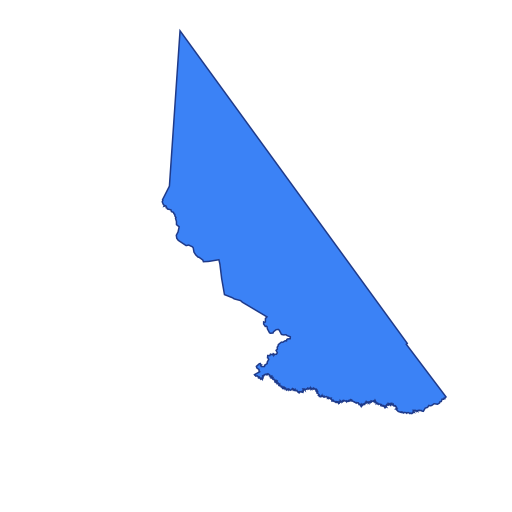 outline of Sikongo, Western, Zambia, rotated 144°
{"feature_id": "96606910B5408602862486", "entity_name": "Sikongo", "entity_type": "district", "adm_level": 2, "iso_a3": "ZMB", "parent_name": "Zambia", "parent_adm1": "Western", "projection": "robinson", "projection_center": [22.375, -15.32], "detail": "fine", "context": "isolated", "style": "filled", "palette": "blue", "viewbox_px": 512, "rotation_deg": 144, "n_neighbors": 0, "source": "geoboundaries", "source_scale": "gbopen_adm2", "svg_char_len": 5945}
<svg xmlns="http://www.w3.org/2000/svg" viewBox="0 0 512 512"><g transform="rotate(144 256 256)"><path d="M185.1,30.3L186.3,96.3L185.0,96.4L185.1,482.8L285.0,363.4L298.5,356.5L298.7,355.7L300.0,355.0L300.7,352.1L300.4,350.6L301.1,350.3L299.5,349.7L299.7,348.3L300.3,347.9L299.7,346.6L300.0,346.0L297.7,343.4L298.3,341.6L297.1,339.8L297.6,338.4L297.2,337.5L298.1,336.0L298.1,334.3L298.9,333.9L300.1,330.6L301.9,328.1L301.0,324.8L304.9,321.3L308.3,319.6L309.7,316.9L309.7,314.3L306.4,305.5L304.0,304.4L302.0,300.7L302.0,299.5L303.9,295.6L304.1,292.3L303.5,289.0L302.9,288.6L301.4,284.0L301.9,282.3L297.6,279.5L288.2,274.8L290.0,270.6L297.0,258.0L304.2,243.3L299.5,235.9L298.9,234.2L294.7,229.0L294.2,226.6L282.9,200.3L285.1,199.9L287.2,197.1L288.3,197.5L288.6,198.1L289.8,196.5L289.9,193.5L288.9,193.2L288.6,192.4L289.6,190.3L290.2,185.9L289.7,185.0L287.5,183.7L286.4,184.4L283.1,184.6L281.1,183.5L280.8,182.3L281.5,177.6L280.1,176.0L278.0,174.7L277.6,173.3L275.7,170.5L276.9,169.0L279.4,170.4L280.2,170.3L281.2,169.4L282.2,170.3L285.1,170.5L286.1,171.4L290.0,171.2L291.2,170.1L292.4,169.8L293.5,168.0L295.2,167.9L295.6,165.2L297.2,164.5L298.8,165.6L299.9,165.2L299.3,166.3L299.5,166.9L300.7,166.4L302.0,168.1L303.4,167.3L305.0,168.6L306.5,166.9L306.2,166.3L306.5,164.9L309.4,163.5L310.1,162.4L313.2,162.6L313.4,162.0L314.4,161.7L316.6,163.4L316.7,164.6L315.7,164.7L316.0,165.1L315.7,166.5L316.7,166.9L320.6,166.5L321.1,164.9L320.3,162.4L321.2,161.0L321.1,160.2L327.0,160.9L327.0,160.4L326.4,160.4L326.8,159.0L325.3,158.1L325.3,156.9L324.8,156.6L325.4,156.2L324.9,155.8L325.3,155.5L324.2,154.6L324.5,154.0L324.1,154.1L324.0,153.4L323.2,153.7L323.2,152.7L322.8,153.2L322.6,152.9L321.8,153.3L321.5,154.5L320.7,154.4L320.8,155.1L319.2,154.7L319.1,155.6L318.8,154.8L317.5,154.6L317.4,153.9L316.5,154.0L316.6,153.4L315.5,153.6L315.0,152.2L315.4,151.5L315.0,151.4L315.4,150.2L314.7,150.0L315.0,149.7L314.5,149.6L314.9,149.4L314.3,148.8L314.8,148.6L314.3,148.2L315.1,148.2L314.4,147.5L314.8,147.4L314.6,146.5L315.3,146.1L314.7,146.2L314.6,145.6L314.5,146.0L313.9,145.8L314.1,145.0L313.6,144.3L314.1,143.8L313.0,143.7L313.2,143.1L312.7,142.8L314.1,142.4L313.1,141.8L313.9,141.4L313.5,140.9L313.9,140.5L312.8,140.1L313.3,139.4L312.4,138.8L313.6,137.8L313.2,137.3L312.6,137.6L313.0,136.9L312.1,135.8L312.6,135.2L311.9,134.2L312.4,133.2L312.0,132.8L311.4,133.6L311.4,132.7L311.0,132.4L311.0,133.5L310.4,133.6L310.0,132.4L310.5,131.6L309.2,131.9L309.9,131.4L310.2,129.7L309.1,129.8L308.8,128.8L308.3,129.6L307.6,129.2L307.3,127.3L305.7,126.9L304.4,127.4L303.8,126.2L304.1,126.4L304.5,125.8L304.0,125.8L304.1,124.8L303.3,124.9L303.6,124.6L302.9,124.4L302.9,123.4L301.9,123.2L302.1,121.6L301.8,120.6L301.4,121.1L300.9,120.8L301.5,120.6L301.2,119.9L300.1,120.4L298.8,118.8L298.7,119.5L297.8,119.1L297.8,118.4L297.4,118.7L297.9,119.4L296.4,119.5L296.2,120.7L295.3,119.8L295.2,118.9L294.9,119.6L294.5,118.9L293.1,118.7L293.0,118.2L291.8,118.7L291.6,117.5L290.9,117.7L291.0,117.2L290.2,116.7L289.5,117.2L289.8,116.2L289.3,116.5L289.1,115.3L288.4,115.9L287.8,114.7L287.2,115.1L287.2,114.5L286.7,114.5L286.5,112.5L285.6,113.0L285.4,111.9L285.6,111.3L285.8,111.9L286.3,111.3L286.0,110.7L286.7,110.7L286.4,110.2L287.0,109.6L286.3,109.4L286.9,108.7L286.5,106.7L287.4,106.5L286.7,105.3L287.2,105.0L286.4,104.1L285.9,104.7L286.0,104.2L285.2,104.4L285.6,104.0L285.1,103.6L284.8,104.0L284.1,103.8L284.4,102.9L284.1,102.2L283.4,102.2L283.7,101.7L281.5,100.8L281.4,99.6L281.7,99.1L281.0,99.2L281.1,98.6L280.6,98.7L280.7,98.1L280.2,98.3L280.1,97.7L279.2,97.1L279.5,96.7L279.0,96.6L279.4,96.3L279.3,94.5L279.7,94.2L279.2,93.7L279.1,94.2L278.9,93.7L278.4,94.0L278.4,93.3L278.9,93.3L278.3,92.8L278.4,92.0L278.2,92.4L277.7,92.0L278.1,91.2L277.7,91.5L277.5,90.8L277.2,91.0L276.9,90.4L276.4,90.8L276.0,90.4L276.6,90.3L275.7,89.1L275.8,88.5L275.5,88.7L275.1,88.1L274.3,89.2L273.8,88.5L273.0,89.4L273.0,88.6L272.8,88.9L272.6,88.0L271.6,87.5L271.8,87.2L270.9,87.2L271.1,87.9L270.3,88.0L270.2,87.1L269.3,87.0L269.1,86.2L268.3,85.7L268.4,85.1L267.9,85.4L267.8,84.8L267.4,84.8L267.4,85.2L267.1,84.4L266.5,84.6L266.4,84.0L265.6,83.7L265.4,84.2L264.9,83.7L264.6,84.0L264.3,83.2L263.9,83.7L264.2,84.1L263.7,84.2L263.1,83.0L263.3,82.0L262.3,80.4L262.9,79.9L262.2,80.1L261.4,78.1L260.9,78.4L259.6,77.1L259.9,76.7L259.4,75.5L259.8,75.8L260.0,75.3L259.2,74.8L259.3,73.4L258.7,74.0L258.6,73.4L258.0,73.7L258.3,73.0L257.5,73.6L257.5,72.6L256.2,73.1L256.0,72.4L255.1,72.8L255.0,72.2L254.3,72.6L254.1,72.0L254.0,72.7L253.3,72.9L253.4,73.5L253.1,72.7L253.0,73.2L252.4,72.8L252.1,73.3L251.7,72.4L252.2,72.3L251.7,72.1L251.5,71.3L251.3,71.9L250.0,71.5L250.1,70.2L249.1,70.6L248.6,70.1L248.0,71.1L246.1,68.6L245.9,69.7L245.1,69.5L245.4,68.7L244.5,69.3L244.8,67.5L245.5,67.8L245.1,66.8L245.6,65.9L244.8,66.0L244.4,64.4L244.0,64.8L244.0,64.2L242.7,63.3L242.7,62.5L242.1,62.2L242.6,61.8L242.0,61.7L241.6,60.8L241.9,60.6L241.1,60.3L241.4,59.8L240.8,59.5L240.9,57.3L239.6,57.4L239.6,58.0L239.3,57.5L239.3,58.6L238.6,58.4L238.4,57.5L238.2,58.7L237.4,59.0L236.9,58.1L236.4,58.6L236.2,57.6L235.6,57.9L235.6,57.2L235.4,57.9L235.2,57.1L234.9,58.0L234.4,57.9L234.3,56.8L233.7,57.1L234.0,56.2L232.7,56.6L232.9,55.2L232.1,55.3L232.7,53.9L231.4,53.1L231.8,52.6L231.5,52.1L230.8,52.5L231.3,51.8L230.8,51.4L231.3,51.6L231.4,50.8L230.8,50.5L231.7,50.5L232.1,49.8L232.4,50.1L232.7,50.1L232.0,49.4L232.7,49.3L232.3,46.6L230.5,44.1L230.1,43.8L229.9,44.3L229.4,43.8L229.6,43.2L228.9,42.8L228.8,42.2L228.0,42.3L226.8,41.2L226.5,40.2L225.9,40.5L224.5,39.5L224.1,38.0L223.0,37.9L222.6,36.9L220.7,36.9L220.8,37.5L220.5,37.6L219.9,36.7L219.8,37.6L219.3,37.6L219.4,38.6L218.1,37.7L217.8,36.3L217.3,36.8L216.5,35.3L216.3,35.9L215.7,35.9L214.3,35.0L214.3,34.5L213.2,34.1L212.9,33.0L211.9,32.0L208.5,33.5L206.2,32.7L203.9,33.5L203.3,32.5L201.7,31.8L198.7,31.8L196.3,29.4L193.9,29.2L193.1,29.9L191.6,29.4L189.6,30.8L188.4,29.8L187.6,30.4L187.0,29.6L186.1,30.4L185.1,30.3Z" fill="#3b82f6" stroke="#1e3a8a" stroke-width="1.5"/></g></svg>